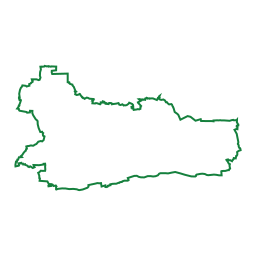 the district of Clonmel Lea-6, South Tipperary, Ireland
{"feature_id": "5873133B92234253465118", "entity_name": "Clonmel Lea-6", "entity_type": "district", "adm_level": 2, "iso_a3": "IRL", "parent_name": "Ireland", "parent_adm1": "South Tipperary", "projection": "robinson", "projection_center": [-7.699, 52.42], "detail": "fine", "context": "isolated", "style": "outline", "palette": "green", "viewbox_px": 256, "rotation_deg": 0, "n_neighbors": 0, "source": "geoboundaries", "source_scale": "gbopen_adm2", "svg_char_len": 5094}
<svg xmlns="http://www.w3.org/2000/svg" viewBox="0 0 256 256"><path d="M19.8,103.7L18.8,105.7L19.2,105.9L17.2,108.6L18.8,108.9L19.0,110.0L19.5,110.7L26.6,112.0L27.1,112.7L29.9,112.4L30.0,110.8L32.4,110.9L32.3,113.0L33.1,115.1L35.8,119.4L36.7,120.0L37.6,121.1L37.7,124.2L38.6,127.9L40.3,132.0L42.1,131.8L42.2,132.3L43.2,133.1L42.8,133.9L43.0,135.4L43.4,136.0L43.8,136.0L44.5,136.4L43.6,140.1L42.1,141.4L40.9,141.0L38.3,141.7L36.4,144.0L34.6,144.8L33.4,145.7L32.3,145.7L31.0,145.4L28.8,146.0L27.3,146.1L27.2,146.3L26.3,146.5L26.9,148.7L26.1,149.1L25.8,150.6L25.6,150.6L23.7,152.7L22.3,154.9L21.0,156.0L21.9,157.1L18.9,157.3L18.1,159.7L17.3,159.7L16.9,161.6L16.0,161.6L15.4,165.0L15.5,166.4L18.8,165.7L19.0,165.5L18.5,163.4L20.9,162.9L20.8,163.5L22.9,163.6L23.2,164.5L24.9,164.2L24.9,164.7L27.4,165.7L28.3,166.8L29.0,166.6L29.3,167.0L30.4,166.4L32.8,168.0L34.6,167.2L33.7,165.8L33.5,165.0L39.0,165.2L43.6,164.5L43.6,163.8L45.1,163.7L45.3,165.2L45.1,166.7L45.3,169.4L45.1,170.8L42.4,170.9L40.8,170.7L39.2,172.3L38.2,172.8L39.3,175.7L39.3,178.1L39.9,178.4L39.6,180.8L47.4,181.4L48.5,183.5L49.1,185.2L48.4,185.7L48.5,186.3L50.8,186.0L50.6,185.6L51.0,184.7L50.3,184.5L50.3,184.1L51.8,184.2L52.6,185.2L52.9,185.0L53.7,186.0L55.8,185.5L56.4,186.4L56.1,186.6L56.1,188.1L56.1,189.4L56.3,189.5L57.8,188.9L62.1,188.4L65.6,188.5L69.2,189.1L73.3,188.9L76.8,189.3L78.6,190.0L79.4,190.1L82.7,189.5L87.5,187.7L88.5,186.6L88.4,185.1L91.2,184.5L91.4,184.4L91.7,184.4L94.9,183.7L95.0,183.7L97.3,183.1L99.6,183.3L101.0,183.1L101.6,186.5L105.3,185.4L105.4,187.0L106.1,187.1L106.7,186.8L107.0,186.9L107.3,186.5L107.8,186.4L107.9,185.8L108.9,185.7L109.0,185.4L111.3,185.1L110.1,184.8L110.2,184.3L112.8,183.8L116.3,183.7L118.9,182.7L119.4,182.8L120.1,182.1L121.7,182.0L122.3,181.7L122.4,181.3L124.3,180.7L127.7,180.7L128.6,180.1L127.8,178.0L134.3,175.9L136.8,175.8L138.9,176.9L140.8,177.3L144.2,177.4L147.8,176.1L150.5,176.1L153.1,176.5L155.6,176.2L157.9,175.3L159.2,173.7L160.5,173.2L165.6,173.2L168.1,173.4L171.8,172.6L175.2,172.0L180.4,173.4L185.0,174.8L191.3,176.4L195.2,176.5L195.9,176.1L196.1,175.1L196.6,174.6L200.2,173.9L202.4,173.7L204.8,174.0L206.9,175.0L208.3,175.2L213.9,174.6L216.2,174.8L218.9,175.3L221.6,175.3L221.3,171.3L222.0,171.0L225.4,170.9L228.1,170.1L228.9,170.1L229.0,169.5L230.1,168.6L229.5,165.8L229.9,164.2L228.8,163.7L227.7,161.5L226.7,160.4L227.1,159.9L226.9,159.7L228.1,159.4L229.0,160.2L229.6,160.3L230.2,160.2L232.0,161.2L232.5,160.2L232.8,160.1L233.0,159.4L234.1,158.7L234.0,158.1L235.7,158.4L236.2,155.9L236.7,155.8L237.3,154.7L237.3,153.2L237.1,152.3L237.2,151.9L239.0,150.7L240.6,150.2L240.4,148.9L240.0,148.1L239.3,147.9L238.7,146.6L238.7,145.2L237.9,144.1L237.9,143.5L238.3,142.9L238.3,141.9L236.7,133.8L234.5,129.8L236.3,129.0L237.4,129.2L237.5,127.2L236.7,126.7L236.8,125.7L238.3,125.4L238.3,125.1L238.3,124.6L238.0,124.5L237.7,123.6L236.9,122.4L237.0,119.7L236.4,120.4L235.7,120.2L234.4,120.3L233.4,120.2L233.2,119.9L231.9,120.1L229.6,120.8L224.1,120.4L221.1,120.4L220.3,120.2L218.6,120.4L217.4,120.3L213.5,120.5L213.5,121.3L211.9,121.1L201.1,121.0L200.7,119.2L195.5,120.7L190.5,116.8L187.6,116.1L180.4,119.7L178.4,115.0L177.5,114.0L174.7,112.0L173.6,108.1L173.2,107.6L173.1,106.9L172.5,106.1L172.0,104.7L171.4,104.1L169.1,104.4L167.6,103.2L166.8,102.1L165.9,102.2L165.0,100.5L163.4,99.5L161.2,99.9L159.5,99.3L159.2,97.7L159.6,97.4L159.3,96.6L159.6,95.9L159.2,96.2L158.7,97.4L158.0,97.8L158.1,98.5L157.5,98.9L156.9,100.0L152.9,98.4L150.7,98.4L149.6,98.7L149.2,98.3L147.7,98.6L147.4,98.1L146.7,97.8L146.4,98.2L146.0,98.2L145.8,98.7L145.2,98.7L145.1,99.8L143.3,99.5L143.0,99.8L142.5,99.4L140.9,99.5L139.6,99.1L138.9,99.2L140.8,100.8L138.0,102.3L138.2,102.6L138.1,102.8L141.1,106.0L140.4,106.9L140.6,107.4L140.3,108.0L140.4,108.8L139.2,109.4L137.8,109.1L137.0,109.4L133.7,109.9L133.4,108.4L132.4,108.5L132.2,107.8L131.6,107.8L131.5,106.8L133.2,106.4L133.0,104.9L132.2,104.0L129.2,102.7L128.6,103.7L126.7,105.1L125.1,105.4L123.9,105.2L123.6,105.4L122.4,104.3L120.6,105.0L119.3,104.7L118.5,103.1L116.4,103.6L112.2,104.2L112.3,103.7L111.2,103.4L111.1,103.1L110.4,103.0L109.1,103.0L108.6,104.1L105.9,103.8L106.2,103.1L104.2,102.8L104.3,101.8L102.7,101.3L102.1,102.6L100.7,102.4L100.6,103.8L100.1,104.3L96.9,103.2L95.8,103.1L95.2,103.5L92.4,103.3L92.7,101.3L93.3,100.3L92.4,100.4L93.2,99.0L89.5,98.7L88.0,97.9L86.7,97.6L84.6,98.8L84.0,98.2L83.2,98.2L82.6,97.8L82.3,97.5L82.6,97.3L80.9,95.7L79.9,94.0L79.6,93.9L78.5,94.6L76.8,95.0L75.2,94.3L75.5,92.8L74.9,91.6L75.9,91.4L75.4,90.9L73.8,86.9L72.5,85.4L72.4,84.6L70.0,83.9L69.3,83.3L69.5,82.9L69.3,82.3L67.7,82.2L67.7,73.6L52.2,74.0L51.7,72.3L51.8,70.8L56.1,70.3L56.2,66.6L51.3,66.4L50.9,66.7L48.7,66.2L48.5,66.6L47.1,66.2L46.5,66.4L44.7,65.9L44.3,66.5L41.8,66.8L41.7,66.6L40.4,66.7L40.9,69.5L40.1,72.1L39.9,75.7L40.5,77.6L39.6,79.8L38.6,80.1L36.4,79.3L31.8,79.3L32.2,80.7L32.7,81.0L32.6,81.9L31.1,82.8L31.0,83.2L30.3,83.7L29.2,84.1L29.4,85.7L26.6,86.5L25.8,85.8L22.4,85.4L21.9,86.7L20.9,87.8L20.0,89.9L19.2,93.8L19.7,97.5L19.0,97.4L18.9,98.0L19.5,100.0L20.7,99.9L20.9,100.4L19.8,103.7Z" fill="none" stroke="#15803d" stroke-width="2"/></svg>